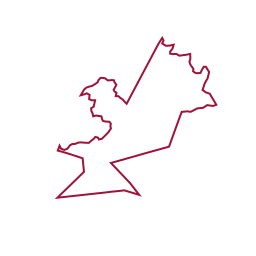 Catende, Pernambuco, Brazil, rotated 49°
{"feature_id": "56859067B24117233366877", "entity_name": "Catende", "entity_type": "district", "adm_level": 2, "iso_a3": "BRA", "parent_name": "Brazil", "parent_adm1": "Pernambuco", "projection": "equal_earth", "projection_center": [-35.752, -8.69], "detail": "fine", "context": "isolated", "style": "outline", "palette": "rose", "viewbox_px": 256, "rotation_deg": 49, "n_neighbors": 0, "source": "geoboundaries", "source_scale": "gbopen_adm2", "svg_char_len": 1674}
<svg xmlns="http://www.w3.org/2000/svg" viewBox="0 0 256 256"><g transform="rotate(49 128 128)"><path d="M75.2,112.8L72.2,115.6L72.5,118.9L73.6,121.1L73.3,123.7L72.7,127.4L71.3,130.2L70.2,132.8L70.2,135.9L72.3,142.2L74.0,138.7L74.8,136.3L77.8,135.3L80.7,138.4L83.3,137.2L85.5,134.6L87.9,137.9L89.4,139.9L88.9,142.8L90.9,144.4L94.1,145.3L96.3,146.6L97.7,143.8L99.4,142.5L101.8,140.4L104.0,141.6L106.1,142.3L107.9,141.1L111.1,138.0L113.5,138.1L115.0,140.1L117.1,141.1L118.3,145.3L118.6,148.6L119.0,154.7L117.6,157.5L115.5,157.0L113.3,158.5L113.7,161.0L113.5,163.8L113.5,167.3L111.6,169.4L109.8,171.2L108.1,172.8L106.3,175.3L105.4,178.2L103.5,180.6L103.0,183.3L103.9,187.3L102.7,190.5L99.6,192.1L96.5,191.3L97.8,193.6L99.0,195.8L101.5,194.1L107.4,190.3L121.1,182.1L132.2,190.0L134.3,227.0L161.8,187.4L165.1,182.5L170.9,174.3L172.5,171.8L185.8,163.4L170.8,162.6L143.2,163.8L149.4,150.7L158.6,131.1L169.0,109.3L165.9,103.7L155.2,84.5L151.1,76.9L154.4,72.2L156.9,70.1L158.7,62.8L162.0,58.1L162.7,53.2L164.8,51.4L167.2,49.3L168.4,46.1L155.7,43.8L152.3,45.8L148.3,46.8L146.3,43.6L144.7,40.9L143.6,38.0L142.9,35.6L140.4,32.0L138.8,30.0L135.5,29.5L133.0,29.0L131.5,30.6L132.7,34.3L134.0,37.1L132.3,39.6L130.1,41.3L127.8,41.6L126.4,39.9L120.9,39.3L118.2,38.1L116.8,35.7L115.1,34.2L112.9,32.5L110.8,36.2L107.1,41.8L103.7,43.0L101.6,45.8L99.5,47.4L97.9,45.9L97.4,42.6L95.1,38.9L93.2,42.4L90.8,45.5L86.6,46.7L85.3,43.8L82.5,43.1L84.3,49.4L95.9,79.6L100.6,91.8L108.8,113.1L106.8,113.3L102.8,113.3L100.6,114.0L97.6,114.4L95.9,116.3L93.9,113.6L91.7,114.2L89.8,113.8L87.8,108.5L84.5,108.1L82.7,107.3L81.1,108.9L78.9,112.0L75.2,112.8Z" fill="none" stroke="#9f1239" stroke-width="2"/></g></svg>